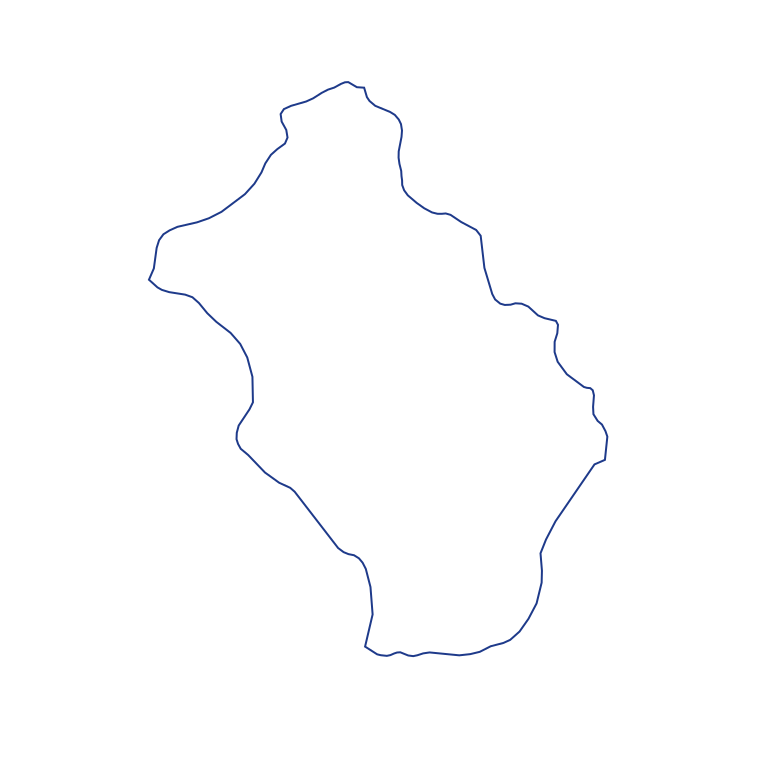 Chimborazo, Albers equal-area conic projection, rotated 311°
{"feature_id": "ECU-1284", "entity_name": "Chimborazo", "entity_type": "Province", "adm_level": 1, "iso_a3": "ECU", "parent_name": "Ecuador", "parent_adm1": "", "projection": "albers", "projection_center": [-78.686, -1.912], "detail": "fine", "context": "isolated", "style": "outline", "palette": "blue", "viewbox_px": 768, "rotation_deg": 311, "n_neighbors": 0, "source": "natural_earth", "source_scale": "10m", "svg_char_len": 2002}
<svg xmlns="http://www.w3.org/2000/svg" viewBox="0 0 768 768"><g transform="rotate(311 384 384)"><path d="M286.1,648.7L273.7,647.1L266.9,644.0L256.1,636.6L244.7,632.0L236.7,626.3L228.6,618.8L211.3,594.5L206.4,590.3L201.1,587.1L197.8,584.6L195.0,580.4L192.2,572.3L189.9,570.0L187.2,568.4L183.6,566.7L180.7,564.5L177.2,559.5L175.5,556.2L173.4,542.0L202.6,526.6L221.9,507.0L232.5,491.6L235.1,485.1L236.0,479.4L235.1,473.7L232.3,468.8L230.6,463.8L230.1,457.0L244.1,387.2L244.1,381.3L240.7,369.7L239.1,352.3L241.3,328.1L241.1,318.4L243.0,313.2L245.6,308.9L250.6,304.9L257.3,301.6L276.6,299.1L284.2,297.1L303.1,280.0L314.3,263.4L319.9,249.2L321.9,234.8L320.9,216.7L321.5,204.1L323.7,191.2L323.8,182.5L321.0,175.3L312.4,161.6L309.3,154.6L308.3,149.6L308.5,138.2L320.2,134.5L337.6,123.1L345.0,119.9L352.3,119.3L359.3,121.4L367.1,125.0L383.3,136.8L394.2,143.1L407.3,148.4L436.0,154.5L450.1,154.8L463.3,152.7L472.6,149.7L482.8,148.3L491.4,149.4L500.5,151.5L506.7,149.5L511.6,143.6L514.9,134.6L519.9,128.9L525.8,128.1L533.0,131.4L546.1,139.9L553.1,143.1L562.9,146.0L569.4,148.6L575.1,152.0L582.2,154.6L586.1,156.6L588.4,159.0L590.2,168.8L594.6,174.6L589.3,182.9L588.1,187.4L588.2,194.9L593.3,210.1L594.2,215.6L593.3,221.6L591.3,226.3L587.1,231.3L582.0,235.1L569.2,242.5L564.4,246.5L560.3,251.2L556.1,257.2L552.4,260.8L549.5,264.1L546.1,267.2L543.4,272.1L542.0,278.2L542.1,289.8L543.0,299.0L545.0,307.7L547.5,312.6L550.2,315.8L553.2,318.7L555.3,323.2L556.9,336.0L560.7,352.5L559.3,359.7L537.5,383.6L522.9,406.7L520.7,412.4L520.9,419.0L522.9,423.3L526.9,427.5L531.1,430.2L534.9,435.2L537.1,442.1L536.8,455.2L539.0,462.0L544.4,472.3L542.8,476.5L536.0,481.5L527.8,485.1L520.0,491.8L514.7,500.5L511.3,515.6L512.9,536.8L514.2,539.6L516.2,542.4L516.2,545.7L513.2,549.9L503.9,556.8L498.6,561.9L496.3,569.5L496.4,575.1L493.7,582.1L490.8,587.1L471.7,600.5L461.4,595.6L392.9,603.5L372.9,608.3L358.9,613.2L346.7,625.7L337.5,633.3L318.5,643.1L301.5,647.1L286.1,648.7Z" fill="none" stroke="#1e3a8a" stroke-width="2"/></g></svg>